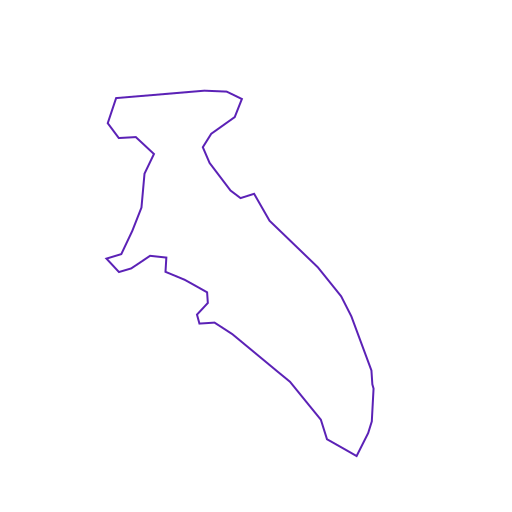 outline of Rivière Noire, rotated 133°
{"feature_id": "MUS-5193", "entity_name": "Rivière Noire", "entity_type": "District", "adm_level": 1, "iso_a3": "MUS", "parent_name": "Mauritius", "parent_adm1": "", "projection": "mercator", "projection_center": [57.418, -20.334], "detail": "fine", "context": "isolated", "style": "outline", "palette": "violet", "viewbox_px": 512, "rotation_deg": 133, "n_neighbors": 0, "source": "natural_earth", "source_scale": "10m", "svg_char_len": 769}
<svg xmlns="http://www.w3.org/2000/svg" viewBox="0 0 512 512"><g transform="rotate(133 256 256)"><path d="M260.0,455.0L235.9,466.0L170.3,406.5L155.8,389.6L150.8,373.4L168.9,366.3L197.1,372.1L212.7,369.1L219.6,353.4L225.5,319.3L224.2,306.8L211.8,299.8L221.0,270.1L222.1,203.0L227.4,166.2L235.1,145.1L261.0,93.5L270.5,83.4L272.8,79.6L298.0,58.5L309.0,53.2L333.7,46.0L335.4,53.3L341.6,79.1L331.5,96.9L328.9,115.9L324.8,145.3L325.8,160.8L328.3,203.1L329.3,220.0L333.0,240.9L341.8,249.2L344.0,251.3L339.1,259.2L323.2,259.2L315.9,267.0L322.0,291.8L329.3,311.4L318.3,320.5L328.1,333.6L350.2,338.8L361.2,345.3L359.9,363.6L346.5,355.8L322.0,363.6L298.7,372.8L271.8,393.7L251.0,400.2L251.0,425.0L263.3,436.8L260.0,455.0Z" fill="none" stroke="#5b21b6" stroke-width="2"/></g></svg>